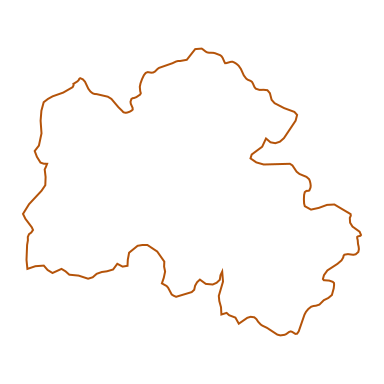 an SVG outline of Houaphan
{"feature_id": "LAO-3288", "entity_name": "Houaphan", "entity_type": "Province", "adm_level": 1, "iso_a3": "LAO", "parent_name": "Laos", "parent_adm1": "", "projection": "robinson", "projection_center": [104.1, 20.28], "detail": "fine", "context": "isolated", "style": "outline", "palette": "amber", "viewbox_px": 384, "rotation_deg": 0, "n_neighbors": 0, "source": "natural_earth", "source_scale": "10m", "svg_char_len": 3265}
<svg xmlns="http://www.w3.org/2000/svg" viewBox="0 0 384 384"><path d="M201.7,48.6L202.9,49.4L205.7,51.6L207.2,52.4L208.9,52.7L213.1,52.8L215.0,53.2L220.2,55.2L221.5,56.2L222.6,57.8L224.5,62.1L225.1,63.2L226.4,63.1L230.5,61.9L232.3,61.7L233.9,62.3L235.7,63.3L237.3,64.5L238.7,65.8L240.9,69.0L243.8,75.4L246.2,78.6L247.7,79.7L250.6,80.9L252.0,81.9L252.9,83.5L254.5,87.1L255.8,88.7L259.5,89.9L263.7,89.8L267.4,90.2L269.9,93.2L271.6,99.8L274.6,103.2L284.1,108.1L294.4,111.9L297.1,114.9L296.9,115.7L295.6,120.7L283.9,138.2L279.9,141.7L275.3,143.2L270.5,142.3L266.0,138.5L262.2,146.7L251.7,154.5L250.5,158.4L256.3,162.4L263.7,164.5L289.9,163.8L292.4,165.4L296.6,171.7L299.5,174.0L306.5,176.9L309.1,179.2L309.8,180.9L310.4,183.3L310.7,185.7L310.5,187.6L309.3,190.5L307.9,190.9L306.4,190.9L304.8,192.1L304.1,194.9L303.9,199.2L304.1,203.5L304.8,206.2L311.0,209.6L318.8,207.9L327.0,204.9L334.4,204.5L350.6,214.1L350.8,215.7L349.8,217.9L350.1,222.7L352.5,226.6L359.6,231.7L361.0,235.0L360.4,235.8L357.9,236.4L357.2,236.9L357.2,238.2L357.7,240.0L358.0,243.9L358.6,246.5L358.9,249.1L358.3,252.0L357.6,252.6L355.7,254.3L353.3,254.8L347.9,254.1L344.4,254.7L343.6,255.7L343.2,257.5L341.5,260.4L337.4,263.9L327.4,270.4L324.0,275.1L322.9,279.0L323.8,280.2L329.2,280.6L332.7,281.8L334.0,283.0L334.1,284.9L333.7,288.4L331.9,295.0L328.3,298.0L323.8,300.2L319.4,304.6L316.0,305.7L313.5,306.0L311.2,306.7L308.3,309.0L306.0,311.8L304.5,314.6L298.7,331.4L297.1,333.7L295.4,333.9L292.2,331.9L290.7,331.4L289.0,332.0L286.2,334.1L284.6,334.8L280.4,335.4L277.3,334.6L266.9,327.8L262.3,325.6L260.7,324.5L258.1,321.7L256.4,319.1L254.3,317.3L250.6,316.8L247.3,317.8L238.8,323.7L235.4,317.6L229.1,315.2L226.6,312.9L221.4,314.5L221.4,314.4L221.0,307.2L219.3,301.0L218.8,295.9L223.0,281.6L222.2,271.6L220.5,275.2L219.8,279.8L216.6,282.8L212.7,284.5L205.8,283.9L199.9,279.6L197.1,282.2L195.1,285.7L194.2,289.8L191.7,292.1L176.1,296.8L173.6,295.7L171.7,294.5L168.1,287.7L166.6,286.0L161.9,283.4L163.8,277.7L165.1,271.6L164.1,266.6L164.3,261.6L157.2,251.5L147.4,245.0L142.3,245.0L137.6,245.8L129.1,252.7L127.8,259.7L127.5,265.8L122.6,266.6L117.3,263.8L113.1,269.5L106.9,271.3L101.8,272.0L96.7,273.8L92.7,277.3L88.1,278.7L78.6,275.6L69.3,274.7L65.5,271.3L61.5,268.9L52.5,273.0L47.6,270.0L43.8,265.6L35.4,266.2L27.4,268.9L26.5,259.9L27.1,244.9L27.9,240.3L27.8,237.0L29.0,234.2L31.3,232.5L33.0,230.0L31.8,227.3L25.4,218.8L23.0,213.9L29.1,204.1L41.5,190.8L45.3,185.2L45.6,177.0L44.7,169.4L45.9,166.9L47.1,163.8L43.7,163.7L40.5,162.6L36.9,156.8L34.7,151.0L38.9,145.6L41.5,133.4L40.6,120.7L41.4,110.7L43.7,102.2L48.0,98.9L52.7,96.3L63.2,92.6L72.6,87.2L73.2,86.1L73.6,85.0L73.4,83.8L73.7,83.7L77.4,81.4L78.7,80.1L79.3,78.8L80.2,78.2L82.8,79.3L85.0,81.7L88.3,88.7L90.3,91.4L91.7,92.6L93.1,93.5L94.7,94.0L96.6,94.1L107.8,96.7L111.4,98.9L118.4,107.2L122.4,111.1L123.0,111.9L123.8,112.4L125.8,112.8L127.4,112.5L129.7,111.7L131.6,110.6L132.7,109.6L132.6,107.9L130.8,103.8L130.5,101.8L131.4,99.0L132.6,98.2L134.1,98.0L136.4,97.1L140.1,94.6L140.8,93.2L140.2,91.1L139.8,86.8L140.5,83.4L142.0,79.2L143.9,75.2L145.7,72.9L147.7,72.1L151.4,72.7L153.2,72.5L154.9,71.6L157.6,68.9L159.0,67.9L172.5,63.2L176.1,61.5L178.0,61.0L180.1,61.0L186.8,59.8L195.2,49.1L201.7,48.6Z" fill="none" stroke="#b45309" stroke-width="2"/></svg>